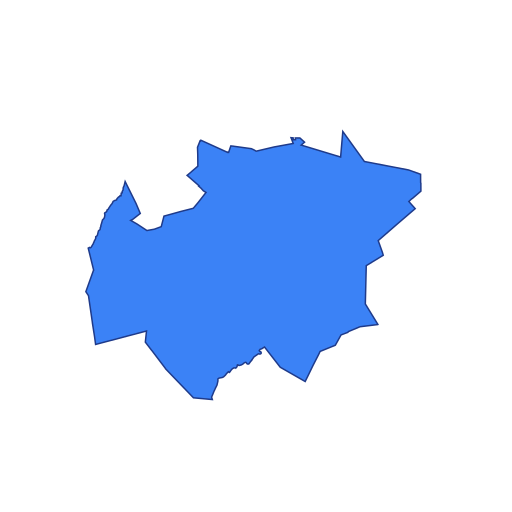 Umzingwane, Matabeleland South, Zimbabwe, rotated 58°
{"feature_id": "62879985B43566873745809", "entity_name": "Umzingwane", "entity_type": "district", "adm_level": 2, "iso_a3": "ZWE", "parent_name": "Zimbabwe", "parent_adm1": "Matabeleland South", "projection": "albers", "projection_center": [28.89, -20.328], "detail": "fine", "context": "isolated", "style": "filled", "palette": "blue", "viewbox_px": 512, "rotation_deg": 58, "n_neighbors": 0, "source": "geoboundaries", "source_scale": "gbopen_adm2", "svg_char_len": 4505}
<svg xmlns="http://www.w3.org/2000/svg" viewBox="0 0 512 512"><g transform="rotate(58 256 256)"><path d="M354.6,369.1L352.3,368.5L352.1,368.4L350.5,366.1L348.3,363.1L348.2,362.9L348.1,362.7L346.4,360.1L346.2,360.0L346.2,359.9L346.1,359.6L344.8,357.5L344.7,357.4L344.5,357.2L341.9,354.6L341.6,354.4L341.3,354.2L341.1,354.1L340.8,354.0L340.7,353.9L340.4,353.7L340.2,353.6L340.1,353.4L340.0,353.2L340.0,352.1L340.0,351.9L341.0,349.4L341.1,349.2L341.3,347.9L341.3,347.5L340.9,345.5L340.9,345.4L340.6,344.4L340.3,343.9L339.6,341.3L339.6,340.6L340.6,340.4L340.6,340.0L340.2,339.0L340.2,338.9L340.1,338.7L339.9,338.4L339.5,337.3L339.4,336.9L339.3,336.7L339.1,335.4L339.1,335.2L339.2,334.0L339.3,333.8L339.9,332.9L340.2,332.4L340.3,332.4L340.2,332.1L340.1,331.6L340.0,331.3L340.0,331.2L339.9,331.0L339.8,330.9L339.6,330.6L339.5,330.4L339.4,330.3L339.3,330.2L338.8,329.9L338.7,329.8L338.5,329.5L338.5,329.3L338.6,329.2L338.8,329.1L339.0,329.1L339.1,328.9L339.3,328.8L339.3,328.7L339.5,328.6L339.8,328.4L339.9,328.2L340.1,327.9L340.2,327.5L340.3,327.0L340.5,326.6L340.5,326.3L340.6,326.1L340.6,325.7L340.7,324.6L340.4,322.8L340.4,322.5L340.4,322.2L340.6,321.2L340.9,320.9L341.2,320.8L342.7,320.7L342.8,320.6L343.1,320.4L343.4,320.1L343.5,320.0L343.6,319.5L343.7,319.1L343.6,318.9L343.4,318.4L342.7,316.7L342.2,314.9L342.1,314.7L342.0,314.8L340.5,311.2L340.2,305.8L341.3,304.6L341.4,303.5L341.0,302.9L339.6,302.7L339.0,303.4L337.9,303.4L337.3,302.1L337.7,300.3L337.7,297.0L363.2,294.4L388.5,280.8L384.9,275.0L379.0,265.6L372.8,255.2L370.9,252.2L373.7,236.0L368.0,225.7L369.4,218.6L369.1,217.5L371.1,205.3L378.7,189.0L378.7,188.9L354.6,188.7L322.6,167.6L322.8,147.7L320.0,146.9L307.7,144.2L303.7,119.0L300.2,95.9L290.8,97.5L290.0,93.7L290.1,93.0L288.4,81.8L281.6,77.6L281.0,77.5L273.9,73.1L263.9,81.0L233.3,114.0L196.4,116.4L216.9,131.8L185.9,158.9L185.6,157.2L185.2,154.5L179.2,156.2L176.7,160.1L178.3,160.8L177.2,162.8L175.5,161.9L174.2,163.6L180.3,164.8L173.1,182.9L167.2,200.3L165.9,201.0L165.6,201.1L164.3,201.9L162.6,203.0L162.4,203.2L151.4,216.4L151.2,216.6L149.3,219.0L153.6,224.3L153.0,224.7L153.2,225.1L128.6,241.4L129.1,242.1L128.7,242.4L132.8,248.0L139.2,251.7L149.0,257.7L151.0,270.7L151.1,271.7L162.3,268.3L166.3,267.1L166.4,267.6L169.4,266.7L172.8,266.1L175.6,264.7L180.0,276.8L182.3,283.9L178.4,296.1L175.3,306.6L173.4,312.9L180.9,320.8L179.4,328.0L176.6,335.0L165.9,339.9L159.4,343.4L159.6,341.0L158.6,331.6L147.9,329.9L123.5,327.5L126.5,330.6L127.4,332.0L127.6,332.2L127.8,332.5L129.2,333.5L129.5,333.7L130.3,335.1L130.5,335.4L131.2,335.8L131.3,335.8L131.5,336.0L131.5,336.3L131.4,336.5L131.3,336.9L131.3,337.0L133.0,338.2L133.4,338.7L132.8,339.3L133.3,340.6L133.1,341.1L133.1,341.3L133.2,341.5L133.3,341.8L133.3,342.0L133.4,342.3L133.5,342.7L133.6,342.8L133.6,343.0L133.7,343.3L133.8,343.6L134.1,344.1L134.4,344.3L134.5,344.4L134.4,345.0L134.3,345.6L134.2,345.9L134.2,346.0L134.0,346.5L134.0,346.9L134.0,347.0L134.0,348.3L134.2,348.6L134.6,349.1L134.7,349.3L134.9,349.6L135.1,349.9L135.1,350.0L135.4,350.5L135.5,351.0L135.7,351.5L135.8,351.9L135.8,352.0L137.5,355.7L137.6,355.9L137.7,356.0L137.9,356.3L138.1,356.7L138.1,356.8L138.1,357.0L138.0,357.4L138.0,357.8L138.3,358.1L138.5,358.4L138.9,358.7L139.2,359.2L139.2,359.4L139.2,359.6L139.3,359.7L139.3,360.0L139.3,361.3L139.3,361.5L139.7,361.9L139.9,362.0L140.3,362.1L140.5,362.2L141.0,362.3L142.7,363.8L142.9,364.0L143.0,364.1L143.0,364.3L143.2,364.5L143.5,364.8L143.6,365.0L143.7,365.5L144.0,366.7L144.0,366.8L144.1,367.1L146.1,369.3L146.3,369.5L146.5,369.7L147.1,370.5L147.3,370.7L147.6,371.0L147.8,371.2L147.9,371.4L148.1,371.5L148.5,371.7L148.8,372.1L149.0,372.3L149.2,372.6L149.3,372.7L149.4,373.0L149.8,373.3L150.1,373.5L150.7,374.0L150.9,374.3L151.0,374.5L151.1,375.2L151.1,375.3L151.1,375.8L151.3,376.4L154.3,379.5L154.5,379.9L154.5,380.0L154.7,380.6L154.7,380.9L154.7,381.0L154.7,381.3L154.7,381.5L154.8,381.5L155.0,381.8L155.1,382.0L155.3,382.1L155.8,382.3L156.3,382.9L156.5,383.2L156.6,383.3L157.5,385.0L157.8,385.4L157.9,385.6L158.1,385.7L158.9,387.0L159.2,387.3L159.4,387.6L159.5,387.8L159.6,388.0L159.7,388.3L160.2,389.2L160.5,389.7L160.5,389.9L160.7,390.1L161.2,391.2L161.3,391.4L161.3,391.7L161.2,392.2L161.1,392.3L160.5,392.6L160.4,394.1L182.0,401.2L182.0,401.3L182.1,401.5L196.1,419.2L200.9,419.1L225.7,430.0L225.8,430.1L238.7,435.6L246.0,438.9L261.6,388.6L270.4,395.5L280.7,394.5L281.1,394.4L285.6,394.0L303.3,392.4L303.6,392.5L343.1,384.2L354.6,369.1L354.6,369.1Z" fill="#3b82f6" stroke="#1e3a8a" stroke-width="1.5"/></g></svg>